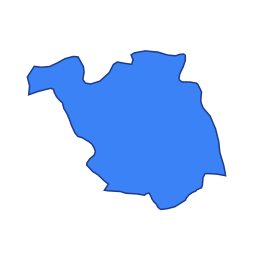 outline of A'zaz, Aleppo, Syria, rotated 70°
{"feature_id": "27442178B26836039619487", "entity_name": "A'zaz", "entity_type": "district", "adm_level": 2, "iso_a3": "SYR", "parent_name": "Syria", "parent_adm1": "Aleppo", "projection": "robinson", "projection_center": [37.201, 36.467], "detail": "fine", "context": "isolated", "style": "filled", "palette": "blue", "viewbox_px": 256, "rotation_deg": 70, "n_neighbors": 0, "source": "geoboundaries", "source_scale": "gbopen_adm2", "svg_char_len": 2242}
<svg xmlns="http://www.w3.org/2000/svg" viewBox="0 0 256 256"><g transform="rotate(70 128 128)"><path d="M178.4,171.5L178.7,170.8L178.9,170.5L179.1,170.1L179.6,169.3L179.9,168.8L181.8,164.4L185.2,156.7L188.4,152.6L190.5,147.9L193.0,142.1L196.8,135.5L196.4,134.7L196.0,133.8L196.1,133.1L196.2,131.8L196.2,131.5L196.3,130.5L197.9,130.1L199.0,130.0L200.1,129.8L200.7,129.8L202.5,129.8L205.2,129.2L206.8,128.7L208.6,127.7L210.1,127.3L212.2,127.1L214.4,126.1L215.5,125.1L215.9,124.7L216.1,123.5L216.2,123.2L216.4,122.3L217.2,118.9L217.4,117.3L218.0,110.9L217.9,110.4L216.1,101.7L215.5,99.2L215.4,98.7L215.2,98.5L213.6,97.0L212.5,95.0L211.6,93.4L210.6,89.3L210.4,85.8L209.5,84.4L209.3,79.4L207.5,77.9L204.5,76.4L200.2,74.4L197.2,71.1L199.7,64.8L202.0,59.7L203.6,57.0L205.2,54.3L206.2,52.6L203.1,52.0L195.5,50.8L191.5,50.6L187.6,50.4L182.5,50.1L182.3,50.0L182.2,50.0L181.6,49.9L181.3,49.8L173.4,47.8L171.6,47.4L160.3,46.2L159.0,46.0L153.4,46.3L145.0,46.7L134.9,50.5L134.2,50.5L132.8,50.6L131.0,50.7L129.6,50.6L128.6,50.5L128.0,50.4L127.6,50.4L127.4,50.3L124.4,49.0L123.7,48.7L121.8,47.8L120.0,46.9L119.3,46.6L119.0,46.7L117.8,46.7L117.2,46.7L116.9,46.8L111.0,47.4L109.3,48.3L108.8,49.2L107.7,51.1L106.5,53.1L106.1,53.8L103.0,61.8L102.8,61.9L101.2,62.8L100.7,63.1L98.7,63.2L97.5,62.4L97.2,62.3L97.0,62.1L94.8,60.8L90.7,56.6L89.7,55.6L89.6,55.4L89.4,55.2L88.7,54.7L86.6,53.0L84.0,50.9L81.6,50.1L79.2,49.4L77.6,50.4L76.5,54.2L76.5,58.5L72.9,66.0L66.9,73.9L61.4,85.5L61.1,87.4L60.7,89.5L59.6,96.0L60.3,100.1L63.9,100.0L65.6,99.9L69.4,102.8L65.7,109.7L62.3,115.5L63.3,120.0L69.5,126.6L74.3,138.2L74.2,141.6L73.9,148.1L71.2,152.6L67.1,153.9L60.6,150.2L55.1,148.9L44.1,150.6L42.0,155.1L41.3,163.4L42.7,172.5L43.4,180.7L41.3,188.6L38.0,195.0L45.6,205.1L54.7,206.1L58.8,208.0L62.8,210.0L62.9,200.5L63.6,192.7L64.3,186.9L66.3,184.7L68.8,185.1L71.9,184.7L73.2,184.6L75.6,184.0L79.8,182.2L81.8,181.0L87.7,181.6L93.5,180.5L99.9,180.1L106.2,180.2L111.1,179.8L114.4,179.5L118.8,178.0L121.7,174.0L124.8,171.6L127.9,169.1L131.3,167.2L135.5,166.6L139.1,166.7L141.9,169.1L144.0,174.6L147.0,178.7L148.7,179.5L156.9,176.0L161.9,172.1L169.1,168.6L169.5,168.4L169.9,168.1L171.8,167.0L174.0,165.6L178.4,171.5Z" fill="#3b82f6" stroke="#1e3a8a" stroke-width="1.5"/></g></svg>